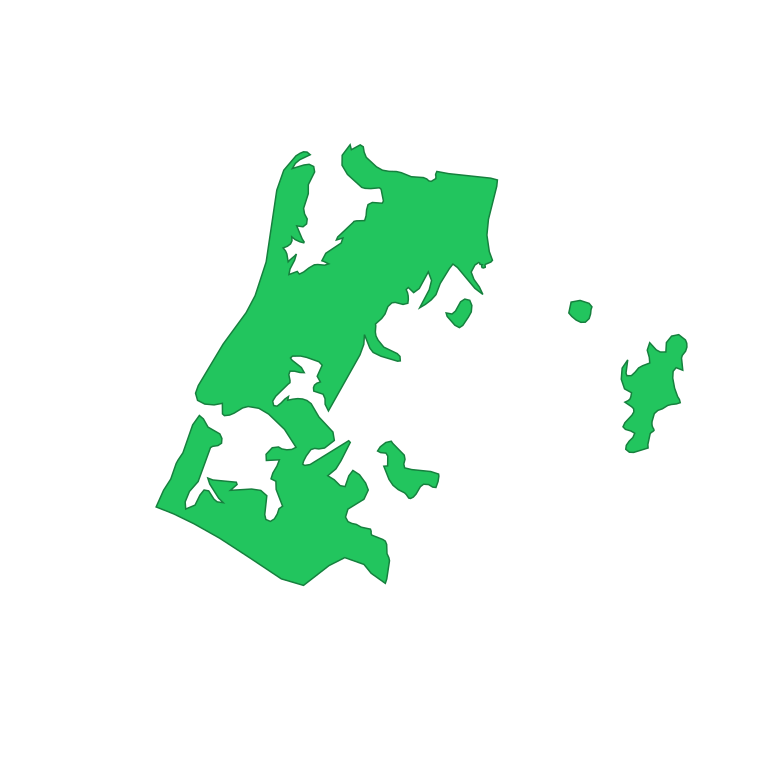 the Unitary Authority of Auckland, rotated 47°
{"feature_id": "NZL-3398", "entity_name": "Auckland", "entity_type": "Unitary Authority", "adm_level": 1, "iso_a3": "NZL", "parent_name": "New Zealand", "parent_adm1": "", "projection": "orthographic", "projection_center": [174.852, -36.678], "detail": "fine", "context": "isolated", "style": "filled", "palette": "green", "viewbox_px": 768, "rotation_deg": 47, "n_neighbors": 0, "source": "natural_earth", "source_scale": "10m", "svg_char_len": 5778}
<svg xmlns="http://www.w3.org/2000/svg" viewBox="0 0 768 768"><g transform="rotate(47 384 384)"><path d="M318.5,634.5L311.4,617.7L308.1,604.8L300.4,590.2L299.2,586.6L297.2,578.0L283.4,551.8L281.1,540.5L286.4,539.9L295.5,542.1L308.5,538.1L313.3,539.7L316.5,543.2L315.8,547.4L312.7,551.9L312.2,554.3L328.6,586.5L329.9,599.6L334.6,609.8L340.2,614.3L343.7,604.8L339.7,594.3L338.8,587.9L342.6,585.1L352.2,586.9L356.4,586.4L361.2,582.5L354.7,582.8L338.4,579.7L332.6,577.0L337.5,574.6L355.1,559.0L357.3,560.0L357.0,568.9L370.5,552.5L377.8,546.7L385.8,545.9L398.2,560.3L402.5,562.8L407.0,560.8L407.9,556.2L406.3,550.7L403.6,545.9L404.2,541.5L387.6,534.8L381.4,529.4L376.3,531.3L373.3,526.0L371.0,518.2L368.1,512.2L359.7,522.2L355.0,518.2L354.4,509.2L358.1,504.1L361.8,503.0L365.8,500.0L369.0,496.0L370.3,491.5L349.3,487.7L327.3,488.9L316.4,492.1L307.8,498.7L305.1,503.7L303.1,513.5L301.4,518.1L298.3,522.3L295.7,522.5L287.9,515.4L283.4,522.5L276.4,528.8L268.8,531.5L262.2,528.1L258.5,520.9L245.1,474.5L237.8,436.2L231.5,418.0L214.4,387.0L169.1,330.2L159.3,311.5L157.1,292.8L158.0,288.1L159.3,284.5L161.9,282.1L166.0,281.6L162.5,292.7L162.2,298.3L163.9,304.1L169.2,293.2L172.3,288.9L177.0,287.1L181.6,290.1L186.6,303.4L193.2,309.6L200.7,323.0L205.4,326.1L210.9,327.6L214.1,331.4L213.8,336.0L208.8,340.0L222.1,344.9L225.6,345.5L226.0,346.4L222.7,348.5L217.8,350.5L213.4,351.1L216.5,353.6L217.8,356.8L217.4,360.7L215.7,365.0L219.6,365.3L222.7,366.4L229.3,370.8L229.1,367.9L229.4,362.2L229.2,359.4L232.5,365.0L235.8,374.3L239.1,378.9L242.5,370.7L245.9,371.0L247.3,366.4L247.9,359.8L249.3,353.7L251.4,351.0L256.6,346.4L258.4,342.5L253.3,344.4L251.5,345.4L248.7,337.4L251.7,319.2L249.2,314.5L246.2,320.6L244.9,317.6L244.8,296.4L244.6,295.1L245.8,293.0L251.3,286.7L248.7,282.3L244.7,277.9L241.9,273.3L243.3,268.7L250.5,262.1L249.9,259.7L239.6,253.3L237.4,253.5L232.0,260.5L228.0,264.4L225.0,266.2L205.8,267.8L195.4,265.5L188.2,258.6L185.9,245.6L190.4,248.1L192.9,238.3L196.4,237.4L200.9,240.4L206.1,242.4L220.0,241.4L226.6,239.3L231.9,235.3L237.1,230.0L241.3,227.2L251.0,222.7L259.9,214.4L263.2,212.9L266.0,212.7L268.0,211.3L269.1,206.0L267.2,204.1L266.4,203.8L265.8,203.1L264.6,200.4L274.2,193.3L306.2,165.6L312.1,161.9L316.3,166.7L334.8,195.3L345.3,207.2L359.0,216.7L367.5,220.3L367.7,222.6L365.7,228.1L365.9,229.2L367.0,229.7L367.7,230.4L366.9,232.2L365.7,232.9L364.6,232.4L363.8,231.5L363.7,230.8L362.0,232.2L360.7,231.5L359.7,231.9L359.0,236.4L361.6,243.9L368.9,246.9L378.1,248.1L385.9,250.6L376.0,252.3L348.9,250.8L343.3,251.8L344.2,257.5L348.8,274.3L354.1,285.1L354.7,292.1L354.0,299.4L352.6,305.9L345.9,286.6L340.7,278.6L332.2,275.1L338.2,293.1L337.4,300.0L330.0,300.4L330.0,303.4L333.2,304.5L336.0,306.2L338.7,308.5L341.2,311.5L338.8,315.8L332.0,320.1L330.0,322.9L330.0,328.3L333.5,335.5L334.5,341.0L334.3,349.3L335.9,350.4L340.1,354.9L343.4,357.1L347.9,358.4L356.9,359.0L370.8,353.6L374.7,353.5L378.2,356.3L376.6,358.5L361.6,367.3L353.5,370.4L348.2,369.9L334.5,364.6L341.2,371.7L346.3,381.7L365.8,443.0L358.7,440.9L354.5,437.1L349.9,435.5L341.3,440.2L338.6,438.1L337.4,435.6L337.6,432.6L339.1,429.1L332.8,427.6L328.1,416.4L323.4,416.4L311.8,422.4L306.7,425.9L301.2,431.9L301.2,434.7L304.0,435.0L315.6,433.2L321.3,434.6L318.3,437.6L313.6,440.7L310.5,444.0L312.2,447.2L317.4,450.4L318.9,451.9L318.7,454.2L319.1,471.6L320.6,477.1L324.6,479.4L327.3,477.3L327.7,472.3L327.4,466.7L328.0,462.4L330.2,465.5L333.0,460.9L335.9,457.0L339.4,453.8L343.5,451.6L348.7,450.7L363.8,454.1L384.3,454.1L391.4,458.8L390.3,471.1L387.0,476.0L383.8,478.6L382.1,482.2L383.6,490.0L385.5,495.3L387.2,498.1L389.4,497.6L392.5,493.0L401.4,448.5L403.7,448.5L410.8,467.8L413.3,477.1L412.7,487.7L420.1,485.7L428.4,485.4L432.5,482.4L427.2,472.4L426.0,465.7L433.6,463.8L443.9,465.0L450.8,467.8L454.6,477.2L450.9,495.7L455.1,502.9L460.1,504.2L464.1,502.6L467.8,500.0L473.2,498.3L480.9,492.9L482.9,493.8L484.6,495.4L486.2,496.0L496.9,490.9L499.8,490.2L503.2,491.5L510.1,497.5L514.3,498.9L517.0,500.5L528.5,515.0L530.7,519.0L513.7,522.5L502.3,521.7L484.2,531.1L479.3,548.1L476.4,580.2L456.5,592.0L419.7,600.7L384.6,609.4L356.6,618.3L335.6,626.4L318.5,634.5ZM601.9,223.3L608.2,232.3L610.9,234.5L604.3,248.1L601.2,251.1L596.6,251.7L594.1,248.6L593.0,243.7L592.9,238.5L591.0,234.2L586.7,235.5L581.8,238.4L578.3,238.4L576.6,234.2L575.9,223.9L574.8,220.3L572.3,218.3L569.5,218.4L561.6,220.2L562.7,216.7L562.7,214.2L561.5,211.9L559.2,208.9L551.6,211.4L542.3,207.2L534.8,199.0L532.6,189.3L541.1,199.6L543.6,200.7L546.6,197.4L546.6,192.3L545.9,186.8L547.0,182.4L549.9,175.3L545.4,171.8L538.8,168.4L535.0,161.5L544.8,161.6L549.1,160.1L552.8,156.0L546.3,149.2L545.1,141.0L548.9,134.8L557.4,133.5L560.7,134.8L563.6,137.3L565.7,141.1L566.5,146.3L567.9,148.7L577.7,156.1L571.3,159.2L571.9,163.9L576.6,168.8L585.2,174.3L593.6,177.9L596.8,178.5L599.7,180.1L598.0,183.7L594.9,187.9L593.2,191.1L592.0,197.3L590.1,201.7L590.0,206.5L594.2,213.5L595.6,215.0L597.3,216.3L599.1,217.1L601.0,217.5L602.1,218.2L602.1,219.8L601.7,221.7L601.9,223.3ZM479.9,409.5L487.1,405.5L488.8,406.7L492.2,411.0L495.1,416.6L492.6,418.7L487.9,420.0L484.3,423.4L483.9,427.4L486.4,435.7L486.7,439.7L485.8,442.7L484.3,443.7L480.1,443.1L477.6,443.2L471.0,445.6L464.2,446.5L457.2,445.4L444.0,440.2L446.4,437.2L439.3,430.4L435.9,429.7L431.8,433.3L428.6,434.4L427.4,429.6L428.0,422.6L430.8,417.7L433.3,418.1L449.8,417.7L453.4,420.0L456.0,424.1L459.4,426.1L465.5,422.1L479.9,409.5ZM377.0,267.0L381.3,264.2L386.5,266.2L390.8,271.0L392.6,276.6L394.9,286.4L394.2,290.4L389.3,292.1L377.6,291.7L374.4,290.1L379.2,286.5L379.4,282.0L376.1,271.9L377.0,267.0ZM469.4,179.3L470.8,181.9L473.7,185.2L476.1,189.4L476.1,194.6L473.1,198.0L468.2,199.9L462.6,200.6L458.1,200.4L451.7,191.3L456.6,183.6L464.9,179.0L469.4,179.3Z" fill="#22c55e" stroke="#15803d" stroke-width="1.5"/></g></svg>